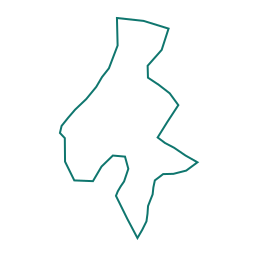 outline of Xanlar, rotated 178°
{"feature_id": "AZE-1680", "entity_name": "Xanlar", "entity_type": "District", "adm_level": 1, "iso_a3": "AZE", "parent_name": "Azerbaijan", "parent_adm1": "", "projection": "natural_earth1", "projection_center": [46.29, 40.555], "detail": "fine", "context": "isolated", "style": "outline", "palette": "teal", "viewbox_px": 256, "rotation_deg": 178, "n_neighbors": 0, "source": "natural_earth", "source_scale": "10m", "svg_char_len": 737}
<svg xmlns="http://www.w3.org/2000/svg" viewBox="0 0 256 256"><g transform="rotate(178 128 128)"><path d="M183.5,77.5L192.1,96.6L191.5,120.1L196.2,125.4L194.3,132.4L187.4,140.4L180.2,148.2L168.7,158.4L158.3,170.2L152.2,179.8L145.0,188.3L135.5,210.8L135.2,238.3L108.7,234.5L84.0,225.9L91.6,204.9L106.2,189.5L106.3,177.6L95.8,170.1L85.1,161.2L76.9,149.1L88.4,132.8L98.7,117.5L91.5,111.7L82.7,106.7L71.5,98.5L59.8,91.3L71.3,83.4L84.2,80.6L94.5,80.7L103.0,74.7L104.7,67.8L105.7,60.8L108.2,55.1L110.7,49.3L111.5,41.6L112.8,34.1L117.3,25.8L122.4,17.7L131.9,37.3L142.4,60.6L140.4,65.1L137.3,70.0L133.8,74.7L131.5,80.8L129.1,87.2L132.0,99.5L144.1,101.0L155.8,90.4L164.9,76.1L183.5,77.5Z" fill="none" stroke="#0f766e" stroke-width="2"/></g></svg>